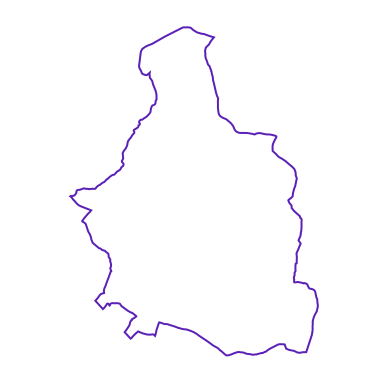 outline of Iza, Boyacá, Colombia, rotated 268°
{"feature_id": "7082276B4524421647435", "entity_name": "Iza", "entity_type": "district", "adm_level": 2, "iso_a3": "COL", "parent_name": "Colombia", "parent_adm1": "Boyacá", "projection": "mercator", "projection_center": [-72.966, 5.619], "detail": "fine", "context": "isolated", "style": "outline", "palette": "violet", "viewbox_px": 384, "rotation_deg": 268, "n_neighbors": 0, "source": "geoboundaries", "source_scale": "gbopen_adm2", "svg_char_len": 5925}
<svg xmlns="http://www.w3.org/2000/svg" viewBox="0 0 384 384"><g transform="rotate(268 192 192)"><path d="M356.8,188.7L348.3,170.4L341.4,157.3L339.8,152.7L338.4,149.8L337.0,147.8L336.3,147.0L334.4,146.0L333.0,145.6L320.0,143.5L319.0,143.5L317.0,144.1L314.6,145.4L313.4,145.7L311.8,146.5L311.1,148.0L310.5,150.0L310.4,150.8L310.6,151.3L312.7,153.9L311.7,153.7L310.4,153.7L307.7,153.9L304.4,156.1L301.0,156.8L295.5,158.8L292.7,159.6L289.8,159.9L287.0,159.8L285.6,159.8L284.6,159.0L283.2,158.7L282.2,158.6L281.5,158.4L280.9,157.9L280.2,156.7L280.1,156.2L279.7,155.3L279.0,154.8L277.6,154.2L276.4,153.8L273.5,153.3L272.6,152.9L271.0,151.5L268.5,148.8L268.0,147.8L267.8,147.3L266.3,145.2L266.0,144.7L266.0,143.3L265.4,142.5L264.7,141.9L263.9,141.6L263.3,141.6L262.4,142.2L262.0,142.3L261.5,142.2L261.0,141.9L260.5,140.9L259.3,140.7L258.7,140.4L258.1,139.7L256.1,136.2L255.6,135.9L255.0,136.0L254.0,136.4L253.2,136.4L252.6,136.0L251.6,134.9L250.7,134.2L248.4,132.7L247.3,131.6L245.2,130.0L244.2,129.5L241.4,129.0L240.6,128.7L238.0,127.4L235.5,125.4L234.3,124.6L233.4,124.1L227.9,124.4L227.2,124.1L225.4,123.0L224.7,123.0L224.1,123.3L223.2,124.2L222.5,124.5L221.5,124.5L220.8,124.2L220.1,123.6L219.7,122.9L218.8,122.1L217.3,121.3L216.7,120.7L216.3,120.2L215.2,118.2L214.8,117.6L212.3,115.2L212.0,114.7L211.8,113.2L210.8,111.5L209.9,110.2L207.8,107.9L207.7,107.4L207.0,106.4L206.0,105.8L205.0,104.5L204.2,102.7L202.3,100.2L202.0,99.2L201.0,97.7L200.4,96.9L199.9,96.6L198.7,95.5L198.5,94.9L198.7,93.0L198.5,89.7L198.4,89.3L198.9,87.1L198.8,86.5L198.9,85.8L199.2,85.2L199.4,83.9L198.2,80.3L198.0,78.0L197.8,77.3L197.2,76.8L196.5,76.5L195.2,76.4L193.1,74.9L192.4,73.8L192.2,70.5L191.9,70.2L191.5,70.8L190.6,71.6L188.7,72.9L186.7,74.7L184.4,76.5L182.6,78.5L181.4,80.8L177.2,90.6L175.3,89.0L173.9,87.3L169.7,83.5L166.8,81.2L166.3,81.4L165.4,82.9L164.3,84.2L163.4,84.8L156.2,86.9L154.8,87.6L153.1,88.5L150.6,89.4L147.8,89.8L146.2,90.5L144.7,90.9L139.1,97.1L138.8,98.1L138.5,98.8L137.2,100.2L136.2,103.1L135.2,103.8L133.8,105.7L133.0,106.3L131.9,106.4L130.8,106.4L129.7,106.6L127.5,108.0L126.4,107.8L125.4,107.8L124.8,108.1L122.2,108.6L121.0,108.5L118.4,107.7L117.5,107.9L115.7,108.6L115.3,108.2L115.1,107.9L109.8,105.8L105.3,103.9L101.2,102.3L98.8,101.1L96.7,100.5L94.1,100.6L93.3,97.6L92.7,96.8L91.5,95.7L89.6,94.3L87.9,92.8L86.7,91.6L78.1,98.9L78.5,99.4L79.6,100.5L81.6,102.1L83.2,103.2L83.4,103.6L83.2,104.6L81.4,105.6L81.6,106.0L82.5,106.2L83.1,106.7L83.6,107.6L83.7,109.0L83.5,110.5L83.5,113.0L83.3,114.7L82.9,115.9L82.3,116.4L80.9,117.2L79.9,118.2L75.5,123.8L73.4,127.2L73.5,127.7L72.0,129.6L69.9,131.9L69.6,132.0L69.0,131.1L68.0,129.7L66.8,127.3L65.9,127.3L65.8,127.1L65.5,126.6L64.8,126.0L63.4,125.4L61.9,125.2L60.1,124.2L57.0,122.0L54.2,119.8L47.6,125.5L48.5,126.8L49.1,127.2L52.5,130.7L54.5,133.3L52.5,137.7L51.2,141.9L51.0,143.3L50.9,145.4L51.1,147.4L50.9,148.7L50.1,149.5L49.5,150.0L50.6,150.5L53.3,151.3L55.0,151.6L61.2,153.9L62.8,154.6L62.7,155.4L61.0,159.9L60.9,161.9L60.7,163.0L59.3,166.7L58.9,168.0L58.0,170.5L56.9,173.0L55.8,176.4L55.1,179.0L54.9,181.1L54.7,182.1L54.0,184.0L52.4,187.8L51.8,188.9L50.5,191.0L49.1,192.9L48.0,194.2L43.1,201.1L40.1,205.0L37.9,207.7L35.2,212.2L34.4,213.1L32.5,214.9L32.1,215.6L28.8,219.0L27.6,220.5L27.5,222.1L27.7,223.7L29.9,230.0L30.0,230.8L30.5,232.3L30.4,233.6L30.1,235.1L30.0,236.6L29.5,238.5L28.5,240.6L27.8,244.8L27.2,247.0L27.4,248.7L27.4,250.4L28.5,255.2L28.7,255.8L28.6,257.0L29.3,258.4L29.7,259.3L29.8,260.2L30.7,261.3L31.6,262.6L32.7,264.5L35.9,271.3L36.5,272.5L36.8,273.8L36.8,274.9L36.6,278.4L36.3,279.4L34.9,279.7L32.1,280.7L30.9,283.3L30.6,284.4L29.6,288.6L28.2,291.2L27.8,292.3L27.6,293.2L27.6,294.9L28.0,296.7L28.0,300.6L45.2,306.9L46.7,307.1L47.7,307.4L50.7,307.8L53.5,307.8L55.9,308.1L58.4,308.1L61.2,308.9L63.0,309.5L65.5,310.8L68.3,312.5L72.9,313.7L75.0,313.8L76.9,313.5L80.7,313.4L82.0,312.7L87.8,311.7L88.8,311.3L89.2,311.0L90.1,310.0L90.7,308.9L91.1,307.6L91.2,306.6L91.6,305.9L92.5,305.2L93.4,305.0L94.1,304.5L95.7,304.0L96.5,302.8L97.1,301.0L97.1,300.7L96.8,300.4L97.7,297.8L97.9,296.3L98.3,295.2L98.4,294.3L98.1,292.7L98.2,291.0L99.4,290.9L101.0,291.1L102.1,290.8L103.6,290.9L104.9,291.6L107.7,291.7L109.4,292.7L113.1,292.7L116.5,293.0L116.8,293.2L117.1,294.1L123.2,294.5L126.7,294.3L127.3,294.4L131.4,296.4L134.2,297.6L136.6,298.8L138.7,297.6L139.3,297.1L140.0,296.8L144.5,298.9L145.9,299.2L146.3,299.1L149.7,299.9L153.8,300.3L158.8,300.4L160.0,300.6L160.9,300.5L161.5,300.3L162.0,299.9L162.4,299.3L162.7,299.2L164.0,299.0L168.8,294.0L170.3,292.7L172.6,291.0L174.3,291.1L175.1,290.9L175.5,290.7L177.4,289.1L180.0,288.0L180.3,288.0L180.7,288.2L182.6,290.8L184.0,292.3L185.0,292.6L187.0,292.8L190.4,293.8L191.7,294.2L194.5,295.4L200.1,296.7L201.2,297.1L201.7,297.2L202.7,297.0L204.8,296.3L208.0,296.2L209.4,295.8L211.1,295.2L211.7,294.8L213.8,292.9L218.0,288.2L219.9,286.2L222.8,282.0L223.7,280.4L224.5,279.4L227.2,277.1L229.2,275.0L230.2,274.1L230.8,274.0L234.3,274.1L236.5,274.4L238.5,275.2L241.4,276.7L243.1,277.8L244.1,278.3L244.6,278.2L245.0,277.8L245.2,277.5L246.5,273.3L246.9,270.4L246.9,269.2L247.0,268.1L248.5,262.0L248.5,260.1L248.1,258.1L247.3,256.7L248.1,253.9L249.0,249.5L249.2,247.1L249.3,243.4L249.4,242.0L249.7,240.6L250.6,238.7L251.7,237.6L252.7,236.9L256.0,235.6L257.1,235.0L259.4,233.3L263.1,229.3L263.6,228.6L265.2,225.2L266.3,223.6L267.2,222.5L268.7,221.7L270.1,221.3L275.6,220.8L277.4,221.0L281.4,221.0L284.7,221.4L287.3,220.3L290.4,219.5L299.8,217.7L303.4,216.9L306.7,216.7L309.3,216.0L311.3,215.7L312.1,215.4L313.1,215.3L315.4,214.4L317.2,213.9L318.2,212.9L319.5,212.2L321.7,211.7L324.6,210.6L326.0,210.3L327.8,210.0L329.6,210.3L331.0,210.0L332.5,210.0L333.5,210.2L335.9,210.9L338.9,214.2L339.7,214.7L340.9,215.3L342.7,216.6L345.8,219.3L347.2,215.1L348.6,211.7L349.6,209.1L349.8,207.2L351.2,203.0L351.7,202.0L352.7,200.6L353.9,198.8L356.0,196.7L356.4,195.6L356.7,193.8L356.8,188.7Z" fill="none" stroke="#5b21b6" stroke-width="2"/></g></svg>